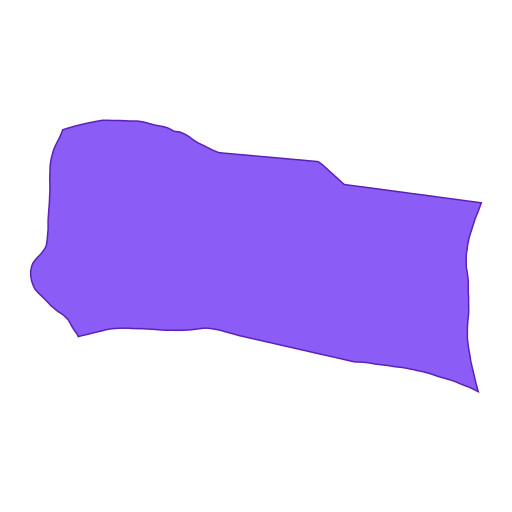 the district of Madghal Al Jid'an, Ma'rib, Yemen
{"feature_id": "15242507B52101237320931", "entity_name": "Madghal Al Jid'an", "entity_type": "district", "adm_level": 2, "iso_a3": "YEM", "parent_name": "Yemen", "parent_adm1": "Ma'rib", "projection": "mercator", "projection_center": [45.029, 15.629], "detail": "fine", "context": "isolated", "style": "filled", "palette": "violet", "viewbox_px": 512, "rotation_deg": 0, "n_neighbors": 0, "source": "geoboundaries", "source_scale": "gbopen_adm2", "svg_char_len": 3201}
<svg xmlns="http://www.w3.org/2000/svg" viewBox="0 0 512 512"><path d="M62.7,129.8L62.2,131.3L60.9,134.3L59.6,137.6L58.1,140.3L56.7,143.1L55.3,145.9L54.0,148.8L53.0,151.9L52.0,155.6L51.2,158.7L50.7,162.0L50.2,165.1L50.0,168.7L50.0,171.9L49.8,175.7L49.7,179.5L49.9,182.6L49.9,185.8L49.9,189.5L49.9,192.7L49.6,196.2L49.5,200.1L49.3,203.6L49.0,207.3L48.7,211.0L48.5,214.3L48.2,218.2L48.1,221.6L48.1,226.0L48.1,229.7L47.7,233.0L47.5,236.1L47.2,239.6L46.6,243.5L46.3,245.5L45.3,247.7L43.4,250.7L41.4,253.3L39.1,255.8L37.6,257.2L35.4,259.7L32.9,263.1L31.6,266.5L30.7,271.3L30.7,275.9L31.6,280.8L33.0,285.0L35.0,289.2L37.9,292.5L41.4,295.9L43.7,298.0L43.8,298.3L46.4,300.8L48.6,303.1L50.8,305.6L53.3,307.6L55.9,309.9L58.3,311.8L61.0,313.4L63.5,315.2L65.8,317.3L68.1,319.7L69.9,322.7L71.8,326.3L73.4,328.9L75.4,331.8L77.3,334.4L78.3,336.7L81.1,335.8L84.4,335.1L87.8,334.3L90.8,333.5L93.8,332.8L98.1,331.7L102.3,330.8L105.4,329.9L109.2,329.1L112.6,328.7L116.8,328.4L120.2,328.2L124.1,328.2L128.3,328.2L132.1,328.5L135.9,328.6L139.1,328.7L142.3,328.7L145.5,328.9L149.2,329.1L153.1,329.3L156.7,329.6L160.5,329.9L163.7,330.1L167.4,330.3L171.3,330.2L175.3,330.3L179.4,330.3L182.5,330.3L185.8,330.1L189.7,329.9L193.4,329.5L196.6,329.1L200.4,328.6L203.8,328.2L207.5,328.2L211.1,328.6L214.7,329.2L218.2,329.8L221.5,330.6L224.6,331.6L228.1,332.5L231.4,333.4L235.1,334.4L238.7,335.5L280.4,345.0L315.4,353.0L330.6,356.4L354.0,361.8L357.2,362.0L361.3,362.1L364.8,362.4L368.3,362.8L371.9,363.4L374.9,364.0L378.5,364.4L382.0,364.9L385.1,365.2L388.1,365.6L391.3,366.1L394.3,366.6L397.6,367.0L400.9,367.3L404.0,367.8L407.4,368.4L410.6,369.1L413.9,369.7L416.9,370.5L420.3,371.1L423.7,371.9L427.3,372.9L430.3,373.7L433.7,374.9L437.0,376.1L440.2,377.1L443.3,377.9L446.3,378.8L449.8,379.8L453.6,381.0L456.4,382.1L459.3,383.4L462.2,384.6L465.1,385.7L468.4,386.9L471.3,388.2L474.4,389.7L477.4,391.3L478.3,391.7L477.7,389.8L476.9,386.5L475.7,382.3L474.8,378.1L473.9,374.4L473.2,371.1L472.2,367.5L471.5,364.2L470.7,361.0L470.3,357.9L469.7,354.1L469.0,350.6L468.4,346.9L467.9,342.9L467.6,340.4L467.4,338.3L467.4,335.2L467.4,330.5L467.4,327.2L467.7,322.9L468.0,319.0L468.5,315.2L468.7,311.9L468.7,308.2L468.6,304.4L468.6,300.7L468.6,297.0L468.3,293.2L468.3,289.8L468.3,285.6L468.3,281.9L468.0,278.2L467.5,274.3L466.9,270.4L466.3,267.2L466.2,262.9L466.2,259.3L466.2,256.2L466.5,252.7L467.2,249.3L467.5,245.9L468.2,242.1L468.9,238.8L470.0,234.8L471.5,230.3L472.7,226.3L474.0,222.5L474.9,219.5L476.5,215.4L477.9,212.2L479.3,208.3L480.4,205.3L481.3,202.8L344.2,184.5L322.2,164.5L318.1,161.6L221.3,152.9L218.2,152.4L215.2,151.2L212.4,150.0L209.6,148.5L206.7,147.1L203.8,145.6L200.8,144.2L197.7,142.7L194.6,140.8L191.9,138.9L189.4,136.9L185.9,134.7L182.8,133.2L179.8,132.0L176.8,131.6L173.7,131.2L171.0,129.5L167.9,128.0L164.8,127.0L161.6,126.3L158.1,125.7L154.7,125.0L150.9,124.0L147.6,123.1L143.7,122.0L140.5,121.5L137.3,121.0L133.6,121.0L129.8,121.0L126.1,120.8L122.6,120.6L118.9,120.5L115.5,120.5L111.9,120.5L108.6,120.3L105.3,120.3L102.2,120.3L98.9,120.9L95.9,121.4L92.1,122.2L88.4,122.9L85.3,123.6L81.4,124.5L77.7,125.4L74.5,126.2L71.1,127.2L67.6,128.2L64.3,129.3L62.7,129.8Z" fill="#8b5cf6" stroke="#5b21b6" stroke-width="1.5"/></svg>